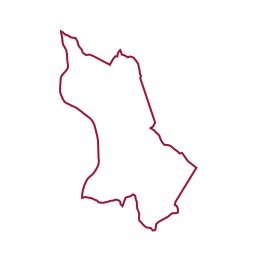 outline of Lajeado, Tocantins, Brazil, rotated 352°
{"feature_id": "56859067B46594073985898", "entity_name": "Lajeado", "entity_type": "district", "adm_level": 2, "iso_a3": "BRA", "parent_name": "Brazil", "parent_adm1": "Tocantins", "projection": "robinson", "projection_center": [-48.308, -9.839], "detail": "fine", "context": "isolated", "style": "outline", "palette": "rose", "viewbox_px": 256, "rotation_deg": 352, "n_neighbors": 0, "source": "geoboundaries", "source_scale": "gbopen_adm2", "svg_char_len": 2156}
<svg xmlns="http://www.w3.org/2000/svg" viewBox="0 0 256 256"><g transform="rotate(352 128 128)"><path d="M164.7,207.8L190.2,176.9L182.8,169.3L178.1,160.3L175.4,160.3L173.8,158.0L172.0,156.4L169.8,154.1L167.5,151.6L164.9,150.3L161.8,149.8L160.1,147.4L159.2,145.3L158.5,143.0L157.9,139.9L156.5,137.8L154.9,136.1L153.9,134.3L150.3,131.2L152.9,130.1L154.3,128.2L155.6,126.3L147.0,80.1L148.1,78.5L147.4,75.7L147.5,72.9L147.2,69.8L147.0,66.0L145.3,62.4L143.3,59.1L140.2,57.5L137.5,57.9L134.5,55.5L132.0,54.4L131.7,52.0L131.1,49.8L129.5,51.1L128.2,52.9L127.4,55.7L125.3,55.2L122.7,57.8L120.8,60.2L118.9,62.9L103.6,51.9L100.2,50.0L96.3,49.8L93.7,47.1L93.0,43.8L91.5,41.5L90.4,39.1L90.0,35.3L88.6,31.7L86.3,31.0L83.9,30.2L81.3,27.9L78.6,26.6L76.8,24.2L75.1,23.0L75.0,25.2L75.3,27.8L75.3,30.3L75.3,32.5L75.1,34.7L75.7,37.5L76.7,39.5L77.6,42.5L77.9,45.9L77.5,49.4L77.3,52.3L77.3,54.4L77.3,57.5L76.8,60.1L74.8,62.5L71.8,65.0L69.6,67.1L68.3,69.4L67.8,71.9L67.2,74.8L66.6,77.8L66.1,80.3L65.8,83.4L66.5,86.8L67.4,89.9L68.8,93.2L70.5,94.8L72.7,96.2L75.7,98.3L77.9,99.6L80.2,101.4L81.8,102.9L83.2,104.3L84.9,106.0L86.5,107.9L88.4,109.7L90.3,111.6L91.8,113.1L93.0,114.9L94.0,116.8L94.8,119.0L95.3,121.3L95.5,123.4L95.8,125.9L96.1,128.6L96.4,132.3L96.5,135.9L96.3,138.6L96.0,141.4L95.7,144.1L95.3,147.8L95.0,150.6L94.7,152.9L94.6,156.3L93.9,159.3L92.6,161.9L90.3,165.0L88.1,167.4L86.3,169.0L84.2,170.4L81.8,172.0L80.1,173.6L78.4,176.1L76.6,179.1L75.2,182.2L74.2,184.7L73.4,187.5L72.7,190.7L75.9,190.4L78.1,191.1L80.1,191.8L82.2,192.5L84.7,194.2L87.0,195.4L88.6,197.5L91.2,198.3L93.4,198.6L95.6,198.4L98.5,198.1L100.9,197.6L103.1,197.8L106.0,197.2L108.4,198.2L110.1,199.8L110.0,202.4L111.6,204.6L115.9,196.7L118.0,196.2L120.9,196.0L123.8,194.4L125.7,196.2L125.7,199.5L126.5,202.4L126.0,206.2L126.0,209.5L127.0,212.9L127.0,216.0L126.3,218.3L126.3,221.5L128.0,223.4L129.4,225.6L130.6,227.2L132.3,228.9L134.6,229.7L136.7,230.3L138.2,232.9L140.6,233.0L141.7,230.4L142.5,227.2L144.5,225.6L149.3,223.6L155.3,221.4L157.6,219.9L160.0,218.5L162.8,219.0L165.6,218.7L166.1,216.4L166.0,214.1L165.4,212.0L163.6,210.7L164.7,207.8Z" fill="none" stroke="#9f1239" stroke-width="2"/></g></svg>